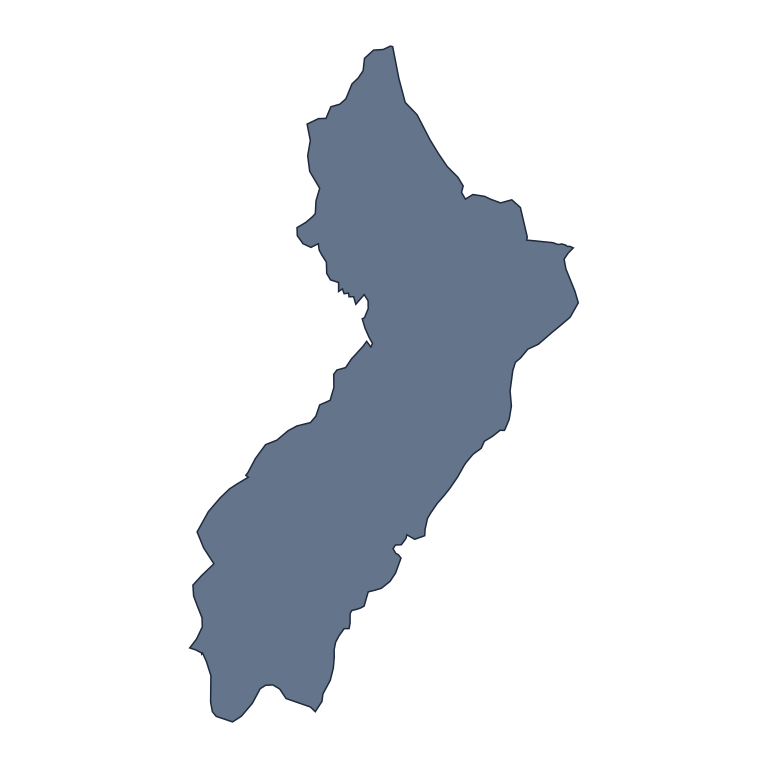 outline of Lelouma, Lélouma, Guinea
{"feature_id": "49546643B79531384041877", "entity_name": "Lelouma", "entity_type": "district", "adm_level": 2, "iso_a3": "GIN", "parent_name": "Guinea", "parent_adm1": "Lélouma", "projection": "equal_earth", "projection_center": [-12.691, 11.514], "detail": "fine", "context": "isolated", "style": "filled", "palette": "slate", "viewbox_px": 768, "rotation_deg": 0, "n_neighbors": 0, "source": "geoboundaries", "source_scale": "gbopen_adm2", "svg_char_len": 2570}
<svg xmlns="http://www.w3.org/2000/svg" viewBox="0 0 768 768"><path d="M189.7,647.9L195.7,649.9L201.6,653.0L201.7,654.1L202.6,653.1L206.4,661.5L210.9,675.7L210.6,702.2L212.4,711.7L216.2,716.4L232.5,721.9L241.3,716.3L252.3,703.4L260.2,688.7L265.6,685.3L272.8,684.9L279.7,689.0L286.0,698.5L310.4,707.0L315.3,711.7L322.0,701.3L322.9,694.0L330.3,680.2L333.3,668.2L334.3,656.8L334.1,649.9L335.6,642.3L338.9,636.0L344.1,628.7L349.1,628.6L350.1,623.1L350.1,613.5L351.9,610.5L356.4,609.4L360.4,608.1L364.1,606.1L368.2,591.9L374.7,590.3L381.4,588.3L390.0,581.4L395.6,573.0L398.2,565.8L401.0,558.1L398.3,554.7L395.7,553.3L393.1,548.7L395.4,545.1L401.4,544.7L405.9,538.6L406.9,534.8L414.7,539.3L424.7,535.7L425.1,529.3L427.5,518.4L430.7,513.0L437.2,503.5L443.4,496.4L449.6,488.7L457.5,477.2L464.5,464.8L466.1,462.5L472.9,454.4L476.5,451.7L481.2,448.3L484.4,441.2L492.1,436.6L500.1,430.3L504.4,430.4L505.3,428.7L509.2,419.3L511.4,406.1L510.1,390.8L512.8,370.5L515.4,362.3L520.4,358.1L527.8,349.2L538.3,344.3L552.5,332.0L557.9,327.6L570.1,317.3L578.3,302.8L574.9,291.1L565.9,268.9L564.1,259.1L568.1,253.2L573.3,247.9L571.3,247.0L569.6,246.3L567.5,246.5L565.7,245.1L563.4,244.4L561.5,243.9L559.8,244.4L557.8,244.4L555.9,243.8L553.7,242.9L551.7,242.5L549.9,242.4L533.5,240.7L526.6,240.1L527.3,237.1L520.4,207.5L511.8,199.8L500.5,202.9L490.1,199.0L484.8,196.4L479.2,195.5L472.9,194.5L465.4,199.1L461.5,192.4L463.2,186.0L458.0,177.4L447.2,166.5L438.3,153.4L430.1,139.9L417.1,114.8L405.2,102.4L398.9,78.6L392.7,46.7L390.4,46.1L383.2,49.5L373.6,50.1L364.5,58.3L363.1,70.7L358.1,78.1L352.0,83.9L345.9,98.8L339.8,104.2L330.9,106.7L326.0,118.4L318.5,118.6L311.4,122.0L307.1,124.1L310.3,140.5L307.7,155.7L308.6,163.0L309.7,171.4L319.7,188.3L316.0,200.8L315.3,213.6L312.7,216.5L305.8,222.4L297.0,227.6L297.3,235.7L303.0,243.7L311.0,247.4L318.3,243.7L319.2,250.2L321.8,255.0L326.4,262.2L326.7,273.4L330.5,279.9L338.6,282.5L338.6,291.5L342.4,288.9L344.1,293.7L348.6,293.2L349.0,296.8L353.6,296.7L355.8,304.3L364.2,294.6L368.1,300.9L368.2,308.6L364.5,317.7L362.2,318.8L365.0,328.1L369.0,337.2L372.5,343.4L370.8,347.0L366.7,341.3L362.8,346.6L351.4,359.0L345.6,367.6L336.9,370.0L333.7,374.3L333.9,387.5L330.1,400.3L319.7,404.9L315.9,416.1L310.4,422.6L297.0,425.9L288.1,430.7L276.8,440.2L265.6,444.6L255.4,458.5L247.8,472.8L245.8,475.3L248.3,477.2L236.5,484.3L229.6,488.8L220.2,497.8L208.4,511.6L197.1,531.9L203.6,547.8L213.9,563.8L201.3,575.9L192.9,585.1L193.6,596.0L197.0,605.1L202.0,617.8L202.3,626.9L196.6,638.9L190.1,647.5L189.7,647.9Z" fill="#64748b" stroke="#1e293b" stroke-width="1.5"/></svg>